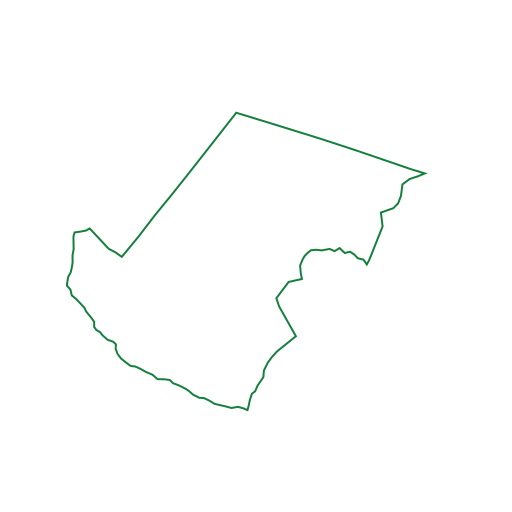 the district of Cafezal do Sul, Paraná, Brazil, rotated 249°
{"feature_id": "56859067B2894193883317", "entity_name": "Cafezal do Sul", "entity_type": "district", "adm_level": 2, "iso_a3": "BRA", "parent_name": "Brazil", "parent_adm1": "Paraná", "projection": "mercator", "projection_center": [-53.585, -23.955], "detail": "fine", "context": "isolated", "style": "outline", "palette": "green", "viewbox_px": 512, "rotation_deg": 249, "n_neighbors": 0, "source": "geoboundaries", "source_scale": "gbopen_adm2", "svg_char_len": 1515}
<svg xmlns="http://www.w3.org/2000/svg" viewBox="0 0 512 512"><g transform="rotate(249 256 256)"><path d="M396.8,288.9L355.9,220.5L342.1,197.0L333.7,182.2L330.2,176.1L316.3,153.4L303.3,130.4L309.8,126.1L315.4,121.1L341.3,110.6L340.7,106.4L341.6,101.2L343.0,95.1L339.7,92.6L333.2,90.2L327.7,88.2L322.3,84.9L315.5,82.4L311.4,80.0L307.2,77.2L303.7,73.1L296.3,68.8L291.2,70.7L285.2,69.9L280.3,72.7L274.5,75.1L269.4,77.2L265.0,77.6L261.5,78.7L257.4,80.1L252.6,81.3L247.7,79.5L244.0,80.5L240.9,83.1L237.1,84.2L231.0,87.4L227.2,91.9L223.7,93.6L219.7,91.7L214.0,91.7L208.8,93.2L203.9,96.0L198.4,99.5L196.0,103.8L192.0,107.7L187.1,111.8L182.3,116.8L176.3,120.0L173.4,127.0L171.1,131.1L166.8,133.1L163.7,136.7L160.4,139.9L156.8,143.1L153.3,145.4L149.0,147.6L143.9,152.3L142.1,156.4L138.5,159.9L132.7,164.5L129.3,169.5L126.1,174.3L122.9,178.6L121.7,185.0L118.4,189.5L115.2,192.8L118.4,195.2L123.5,198.5L128.9,202.8L130.0,206.7L134.4,211.0L140.3,219.5L146.2,222.3L152.2,228.8L155.8,234.4L159.4,241.5L166.8,264.5L200.7,259.5L209.3,259.9L217.7,273.4L220.1,277.2L218.1,290.6L223.7,291.6L231.2,293.7L235.9,298.1L238.5,301.3L240.3,305.0L241.7,309.3L240.3,314.3L237.7,319.3L236.2,327.3L232.4,331.0L233.4,336.9L227.0,339.9L226.3,345.3L222.1,348.3L217.5,350.2L214.0,355.1L208.4,356.4L212.0,360.6L238.3,384.8L251.8,388.2L251.4,401.3L254.2,407.5L260.2,412.9L270.4,418.4L272.8,427.0L272.4,435.2L272.6,443.2L281.8,431.4L318.7,387.3L342.2,358.4L378.3,312.6L382.5,307.2L396.8,288.9Z" fill="none" stroke="#15803d" stroke-width="2"/></g></svg>